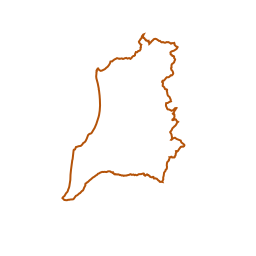 Viru, La Libertad, Peru, rotated 37°
{"feature_id": "86281439B2009584770590", "entity_name": "Viru", "entity_type": "district", "adm_level": 2, "iso_a3": "PER", "parent_name": "Peru", "parent_adm1": "La Libertad", "projection": "equal_earth", "projection_center": [-78.588, -8.556], "detail": "fine", "context": "isolated", "style": "outline", "palette": "amber", "viewbox_px": 256, "rotation_deg": 37, "n_neighbors": 0, "source": "geoboundaries", "source_scale": "gbopen_adm2", "svg_char_len": 5749}
<svg xmlns="http://www.w3.org/2000/svg" viewBox="0 0 256 256"><g transform="rotate(37 128 128)"><path d="M118.8,32.7L118.7,33.4L118.2,33.7L117.4,33.9L116.0,33.7L115.3,33.6L114.2,32.5L113.7,32.2L113.1,33.1L112.0,33.7L111.6,34.8L110.0,34.8L108.4,35.2L108.2,35.5L107.1,36.2L106.6,37.3L105.6,38.0L104.2,38.3L103.6,39.2L103.3,39.3L102.4,39.4L101.1,39.2L100.4,39.8L99.8,39.8L99.3,39.7L98.7,39.9L97.4,39.8L96.0,40.4L95.1,41.7L95.1,42.8L94.7,44.4L94.7,46.2L94.4,46.9L94.5,47.7L94.4,48.1L94.0,47.7L93.8,47.2L93.4,46.6L92.9,46.5L92.5,46.9L92.1,46.7L91.8,46.1L91.6,46.3L91.2,46.4L90.8,46.9L89.5,47.3L89.2,47.1L89.0,46.8L88.5,47.0L87.0,46.4L86.6,46.7L85.8,46.7L84.7,45.5L84.3,44.5L84.2,43.8L83.9,44.3L84.0,45.1L83.9,45.9L84.3,47.4L84.7,48.1L84.7,49.0L84.5,49.5L84.7,50.7L84.7,52.2L84.8,52.6L85.7,53.2L86.6,53.3L87.2,53.6L88.5,53.5L88.6,54.3L88.8,54.7L89.7,55.7L89.8,55.9L89.7,56.4L90.0,56.6L90.7,57.6L90.8,59.2L90.2,59.9L89.8,60.5L89.8,61.3L89.7,62.0L88.6,62.6L89.1,64.6L89.8,65.7L89.8,65.9L89.5,66.8L89.0,67.2L88.8,67.7L88.6,68.8L88.7,69.6L88.4,71.3L87.9,71.4L87.2,71.3L86.5,71.9L85.8,72.9L84.4,73.1L84.0,73.7L83.7,73.9L83.0,75.1L82.8,75.5L82.2,76.0L81.6,76.0L81.1,76.2L79.7,77.8L79.3,77.8L78.8,78.3L77.9,78.5L77.3,78.8L77.0,79.1L76.6,80.3L76.3,80.7L75.9,81.5L75.7,82.3L75.5,82.8L75.3,84.3L74.7,84.7L74.0,85.5L74.6,87.0L74.9,88.7L74.9,91.3L74.4,93.0L74.2,94.5L73.9,95.3L72.7,97.7L71.8,98.8L70.1,99.0L68.9,98.8L68.6,98.5L68.4,98.6L68.2,98.5L68.0,98.8L68.1,99.3L68.2,100.6L68.3,100.9L68.5,100.8L68.8,101.1L69.1,101.8L69.2,102.5L69.7,103.0L71.5,105.9L72.8,107.3L77.0,110.6L81.0,114.2L81.5,114.9L82.2,115.4L85.8,119.2L88.5,122.3L92.1,126.8L95.0,131.2L97.1,135.1L97.9,137.0L100.3,143.9L101.3,148.0L101.9,153.7L101.7,154.6L101.5,155.1L100.8,155.8L100.6,156.5L100.5,157.3L100.4,157.7L101.5,161.4L102.0,164.0L101.9,165.5L101.3,166.9L101.4,168.8L101.1,170.6L100.7,171.1L99.5,172.3L98.6,173.7L97.9,174.5L98.5,176.8L98.4,177.4L97.9,177.8L97.9,178.4L102.5,186.2L102.9,187.3L107.7,195.8L110.2,199.9L113.2,204.2L116.2,209.8L116.8,211.2L117.3,213.2L117.8,214.4L118.0,215.6L117.8,217.5L118.2,220.6L117.8,221.8L117.8,222.6L117.8,223.4L120.4,223.8L122.2,222.8L122.9,222.2L123.4,221.3L124.1,220.9L124.9,219.9L127.0,218.1L127.3,217.3L127.2,213.6L128.0,212.1L128.5,209.4L128.9,208.9L129.1,206.3L129.6,204.9L129.3,203.4L128.9,202.1L128.5,199.5L128.3,199.2L127.7,198.6L127.5,197.9L128.0,196.9L128.1,195.8L128.5,195.1L128.8,192.9L129.3,191.1L129.7,188.9L130.6,186.7L130.7,185.8L131.5,183.9L131.5,182.7L132.2,181.7L132.7,180.3L133.8,178.6L134.9,177.9L135.4,177.3L137.5,176.0L137.8,175.2L138.2,174.6L139.6,173.5L140.6,173.3L141.0,173.4L142.1,173.0L142.4,172.6L142.5,172.5L143.0,173.1L144.0,172.8L144.5,173.1L144.9,173.1L145.3,173.0L145.7,172.4L146.3,172.4L146.6,172.2L147.0,171.6L147.9,171.3L148.4,170.7L149.8,170.5L150.3,170.0L151.5,169.8L152.2,169.1L153.2,168.9L153.4,168.4L153.8,168.3L154.0,168.0L155.5,166.8L155.5,166.6L157.2,164.6L157.4,164.0L157.9,163.3L158.1,163.2L158.8,163.3L159.3,163.1L160.3,161.9L161.5,161.8L161.9,161.0L163.4,160.5L163.8,160.0L164.4,158.4L166.2,157.0L167.6,155.1L168.2,154.9L168.8,155.3L169.1,155.8L170.4,155.8L170.6,155.6L170.6,154.8L171.1,153.6L171.9,153.8L172.2,153.7L172.4,153.3L172.6,153.2L173.2,153.5L174.2,153.3L175.1,153.7L176.8,153.0L177.3,152.0L177.6,151.8L177.9,151.8L178.5,152.4L179.2,152.7L180.3,151.6L181.0,151.5L181.6,151.2L183.6,151.6L184.8,151.5L185.4,151.8L186.0,151.8L186.3,151.6L186.6,151.1L188.0,150.4L187.8,150.3L187.5,149.7L187.2,148.2L187.0,147.6L186.2,146.8L185.7,145.9L185.3,144.8L183.7,141.9L183.7,139.7L183.2,138.6L183.5,137.9L183.5,137.3L183.1,136.5L182.4,135.4L181.6,134.7L180.3,132.7L179.9,131.6L180.2,129.3L179.7,128.7L179.6,127.6L179.3,126.9L178.7,126.4L179.3,126.0L179.8,124.9L180.2,124.7L181.0,125.0L182.7,123.7L182.8,123.1L182.4,122.6L182.5,121.4L182.1,120.6L181.4,119.5L181.3,118.9L181.4,118.4L181.3,117.9L181.1,117.7L180.5,117.8L180.2,117.6L180.3,117.4L181.2,116.9L181.7,116.2L181.6,115.1L181.5,114.6L181.5,111.3L182.0,110.9L182.4,110.1L183.2,109.9L183.4,109.5L183.7,108.8L183.5,107.9L183.2,107.6L182.1,107.4L179.4,107.4L178.6,107.0L177.7,106.3L173.4,107.5L171.4,107.5L170.9,108.0L170.2,109.3L169.8,111.3L169.6,111.4L169.6,110.2L169.3,109.5L168.8,109.2L168.3,108.5L167.6,108.0L166.8,107.1L165.4,106.4L164.5,106.2L164.1,105.8L164.2,105.0L164.1,103.7L164.1,103.0L163.7,101.8L163.7,101.0L164.0,99.9L164.0,99.1L164.4,97.7L164.4,96.1L164.0,94.5L164.3,93.0L162.9,93.1L162.4,93.0L161.2,92.4L160.6,92.5L159.1,94.8L158.9,94.9L158.6,94.9L158.4,94.3L158.8,93.4L158.7,92.4L158.6,91.7L158.0,90.5L157.4,90.1L157.0,89.4L156.4,89.1L155.8,89.7L155.3,89.6L155.4,89.3L155.2,89.0L155.3,88.5L155.2,87.7L155.1,87.1L154.7,86.0L154.9,85.1L154.7,84.1L154.7,82.9L154.4,83.0L154.0,83.6L153.6,84.0L153.5,85.5L153.6,86.3L152.9,87.1L152.5,88.0L149.7,88.5L148.5,89.2L147.6,89.0L146.5,88.2L145.6,87.9L144.5,86.9L143.5,85.2L144.5,84.3L144.9,83.5L145.3,82.4L146.3,80.8L145.5,80.3L145.1,79.7L142.4,78.2L140.8,78.2L140.0,77.9L138.8,77.0L137.9,76.0L136.8,75.2L136.5,74.7L136.4,74.1L136.1,73.9L135.5,73.9L134.8,74.4L134.0,74.6L132.6,73.7L131.4,73.5L130.8,73.6L130.5,73.6L129.9,72.9L129.6,72.2L129.3,71.8L128.9,71.0L128.4,70.8L127.5,70.7L127.2,69.5L127.2,69.4L127.9,69.0L128.1,68.5L128.3,66.8L128.3,65.1L128.4,64.2L129.6,63.3L130.0,62.7L130.3,61.7L130.3,61.3L130.4,60.8L130.4,60.2L130.9,59.8L131.2,59.8L131.3,59.7L131.5,58.5L131.4,57.4L130.9,56.8L129.8,56.0L128.6,55.5L127.5,55.4L126.9,54.7L126.3,54.3L126.3,53.3L125.4,52.4L124.7,51.0L124.7,50.1L125.0,49.4L125.3,47.8L124.9,46.9L124.6,45.4L124.3,44.8L122.8,44.4L121.8,43.2L121.4,43.1L121.0,43.1L120.7,43.5L120.1,43.8L119.1,43.3L118.6,43.3L118.0,43.6L117.7,43.5L117.4,43.0L116.5,42.3L116.4,41.8L116.7,40.6L118.2,38.5L119.2,35.6L119.1,34.2L118.8,32.7Z" fill="none" stroke="#b45309" stroke-width="2"/></g></svg>